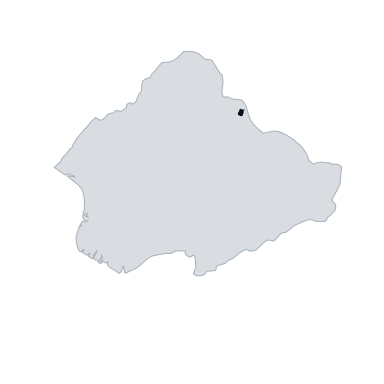 Dutsi, Katsina, Nigeria shown in context, rotated 38°
{"feature_id": "59680162B60349541451220", "entity_name": "Dutsi", "entity_type": "district", "adm_level": 2, "iso_a3": "NGA", "parent_name": "Nigeria", "parent_adm1": "Katsina", "projection": "natural_earth1", "projection_center": [8.146, 12.921], "detail": "fine", "context": "in_parent", "style": "filled", "palette": "ink", "viewbox_px": 384, "rotation_deg": 38, "n_neighbors": 0, "source": "geoboundaries", "source_scale": "gbopen_adm2", "svg_char_len": 4485}
<svg xmlns="http://www.w3.org/2000/svg" viewBox="0 0 384 384"><g transform="rotate(38 192 192)"><path d="M294.5,80.2L304.1,95.3L306.1,106.6L306.9,112.1L308.5,112.8L311.5,113.1L313.6,114.2L314.9,116.0L315.7,117.8L315.9,118.8L315.3,125.5L314.6,128.0L315.0,131.3L314.9,132.7L314.6,133.7L313.3,134.8L311.5,135.9L307.2,139.1L306.0,139.6L304.2,139.7L302.6,140.5L300.8,142.2L296.8,148.6L293.4,155.1L291.0,165.6L288.0,168.9L287.5,171.8L287.0,178.3L286.6,180.3L286.1,180.8L282.9,182.1L281.0,183.6L279.9,186.6L278.5,196.6L278.0,198.3L276.9,200.0L275.3,201.9L273.8,203.0L270.1,203.6L266.6,211.2L266.6,212.5L265.0,219.4L262.3,224.6L262.1,227.9L258.7,232.5L257.0,235.6L258.8,238.8L258.9,239.4L253.1,244.9L252.7,245.7L252.5,249.5L252.1,250.5L251.0,251.9L249.4,253.4L247.8,254.6L246.0,255.4L244.2,255.7L243.3,255.3L242.7,254.1L241.7,249.5L241.2,248.5L240.1,247.6L235.6,242.5L232.8,240.6L232.2,240.8L231.8,241.3L231.0,243.8L230.3,244.8L228.8,245.1L226.3,245.1L224.5,244.8L224.1,244.3L223.2,242.3L217.6,246.9L215.6,248.0L213.2,253.5L209.6,256.2L207.2,258.6L200.7,266.1L199.4,268.3L198.1,271.6L195.3,285.7L190.8,294.5L190.2,296.3L189.9,296.3L189.3,297.1L187.6,296.6L186.8,294.9L185.7,294.7L183.9,292.3L183.5,292.7L185.4,298.7L184.7,301.1L179.2,301.2L174.5,302.0L171.2,301.9L169.6,301.0L168.8,298.8L168.6,299.0L168.4,300.2L167.4,301.2L163.7,301.4L162.1,299.8L160.8,298.1L159.4,297.3L159.6,298.0L161.2,299.7L161.0,302.2L158.1,305.0L156.2,305.1L155.0,303.9L154.4,301.9L154.1,299.0L153.4,297.1L152.9,297.1L153.4,300.3L153.5,303.2L154.9,305.6L152.7,306.3L150.1,306.4L149.8,305.5L149.5,303.6L149.0,303.1L148.5,306.3L143.2,307.2L142.4,307.1L142.3,306.5L142.7,305.6L142.6,304.1L141.4,305.3L141.2,307.5L140.5,307.9L138.5,307.6L136.3,306.4L132.7,303.6L128.4,299.0L127.6,296.9L126.4,294.3L124.1,287.3L124.5,287.0L125.5,287.4L126.0,286.7L124.2,286.2L123.8,285.7L123.7,284.2L123.8,282.3L126.6,281.3L127.2,280.2L127.6,279.0L124.2,280.7L121.0,278.8L120.3,277.6L120.6,276.6L124.3,276.6L125.6,275.7L124.8,275.4L123.4,275.4L122.9,274.8L123.0,273.4L122.5,273.7L121.9,275.0L119.7,275.9L118.5,275.0L118.4,272.9L118.1,271.9L117.0,271.2L113.3,265.7L108.5,261.1L104.3,257.9L98.0,256.4L84.7,256.4L83.9,256.0L84.7,255.3L85.9,254.8L90.2,252.2L89.5,251.9L85.0,253.5L83.5,253.6L81.5,256.7L68.4,257.4L68.5,256.0L69.1,251.9L69.9,249.1L69.0,245.7L68.8,242.6L69.3,241.7L69.5,240.5L69.4,232.6L70.1,231.5L70.1,230.7L68.8,227.3L68.8,224.7L68.6,222.2L68.1,221.1L68.7,211.4L68.5,209.1L68.9,207.4L69.2,203.2L69.2,199.1L70.1,192.7L75.7,191.9L77.1,189.3L77.8,186.1L77.6,183.0L79.4,180.2L81.6,177.8L81.6,175.1L82.2,174.3L83.2,173.6L84.7,173.3L86.4,172.0L87.3,169.6L88.3,165.9L86.8,163.2L86.9,162.7L87.4,161.3L88.3,159.8L89.0,159.4L90.6,159.8L91.1,159.2L92.2,155.1L92.1,153.9L90.6,151.2L89.8,143.6L89.4,142.7L88.2,141.3L85.1,136.0L85.2,133.5L86.5,130.3L87.4,128.7L88.6,127.9L88.8,127.1L88.4,126.2L87.8,125.6L87.7,124.1L88.3,122.1L88.2,119.9L88.5,108.6L91.1,106.4L94.8,102.7L96.7,98.8L97.7,95.9L99.0,86.2L100.9,85.1L104.7,81.6L109.7,79.5L113.0,78.9L118.7,79.3L121.6,78.9L124.1,77.0L125.2,76.5L126.8,76.1L141.1,81.2L142.4,81.0L143.5,81.3L145.3,82.6L149.5,87.3L153.9,94.6L155.3,96.2L156.6,97.0L158.0,97.3L159.1,97.2L160.1,96.5L161.5,95.1L163.6,94.5L165.3,94.6L174.3,89.1L175.1,89.0L180.6,90.2L188.1,95.8L194.2,99.5L198.4,100.7L203.5,101.5L212.1,101.8L218.5,94.0L220.9,92.2L223.8,90.7L229.8,89.2L239.8,88.2L249.2,88.7L255.0,90.0L261.2,92.6L263.8,95.0L268.0,95.4L271.0,95.0L271.9,92.5L274.9,89.3L279.4,86.4L283.0,84.3L286.0,83.4L288.7,81.0L290.8,80.3L294.5,80.2ZM164.0,304.5L162.0,305.2L160.7,305.0L162.5,301.8L163.4,302.5L164.6,302.8L164.0,304.5Z" fill="#d9dde1" stroke="#a8b0b8" stroke-width="1"/><path d="M183.8,100.1L183.6,99.8L183.5,99.6L183.4,99.4L183.4,99.2L183.3,98.9L183.3,98.7L183.3,98.4L183.2,98.3L183.2,98.1L183.0,97.9L182.9,97.9L182.7,97.6L182.6,97.4L182.3,97.1L182.2,97.0L182.2,96.9L182.0,96.7L182.0,96.3L181.9,96.4L181.8,96.5L181.2,96.8L180.9,96.9L180.6,97.1L180.3,97.1L180.2,97.0L179.8,97.0L179.6,97.2L179.7,97.3L179.8,97.5L179.7,98.0L179.6,98.3L179.9,98.4L179.9,98.5L180.0,98.7L180.2,98.9L180.3,99.0L180.4,99.3L180.4,99.9L180.4,100.0L180.2,100.2L180.2,100.5L180.3,100.5L180.5,100.5L180.6,100.8L180.6,101.2L180.6,101.3L180.6,101.7L180.6,101.8L180.9,102.0L181.0,102.0L181.1,101.9L181.3,101.8L181.3,101.7L181.6,101.8L181.8,101.6L182.1,101.7L182.3,101.8L182.5,101.7L182.8,101.7L183.0,101.6L183.4,101.4L183.6,101.4L183.7,101.2L183.8,100.9L184.0,100.7L184.0,100.3L183.8,100.1Z" fill="#0f172a" stroke="#020617" stroke-width="1.5"/></g></svg>